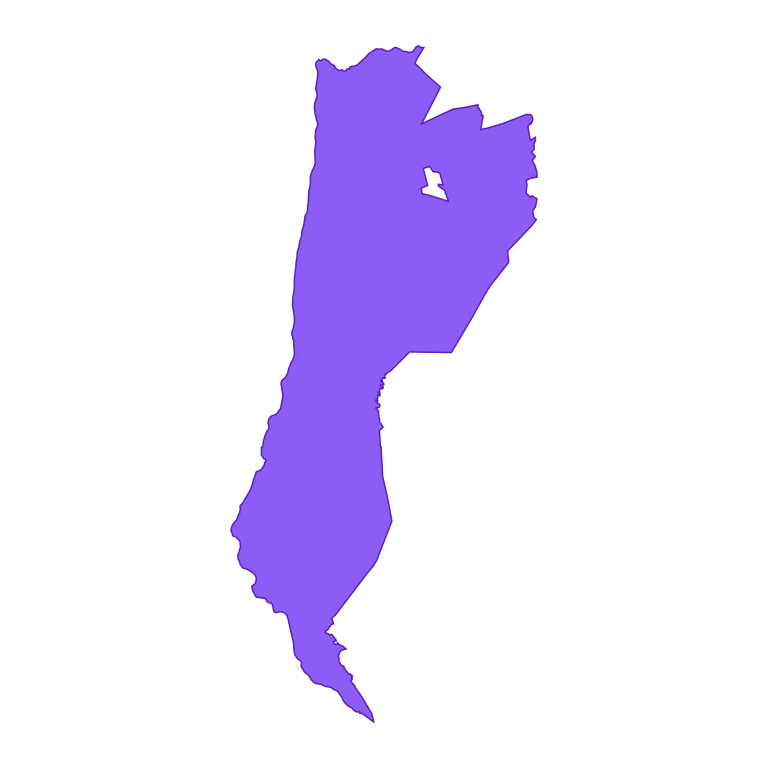 Chipinge, Manicaland, Zimbabwe
{"feature_id": "62879985B99568881619892", "entity_name": "Chipinge", "entity_type": "district", "adm_level": 2, "iso_a3": "ZWE", "parent_name": "Zimbabwe", "parent_adm1": "Manicaland", "projection": "robinson", "projection_center": [32.384, -20.62], "detail": "fine", "context": "isolated", "style": "filled", "palette": "violet", "viewbox_px": 768, "rotation_deg": 0, "n_neighbors": 0, "source": "geoboundaries", "source_scale": "gbopen_adm2", "svg_char_len": 6063}
<svg xmlns="http://www.w3.org/2000/svg" viewBox="0 0 768 768"><path d="M292.5,305.2L294.2,315.4L294.5,321.7L293.3,327.7L293.4,328.6L292.5,330.1L291.9,332.2L291.9,334.9L292.8,337.2L292.8,338.9L293.5,340.1L293.9,341.9L293.8,344.2L294.4,354.4L292.9,359.5L290.9,362.9L288.5,369.2L288.1,371.8L287.1,374.3L285.9,376.6L285.0,377.8L282.9,379.5L281.7,381.1L281.1,382.4L281.1,384.7L281.6,386.2L281.6,387.9L282.8,394.8L282.8,396.3L280.8,407.6L280.4,408.8L278.7,410.9L277.3,413.3L274.6,414.9L272.0,415.7L269.6,417.7L269.1,418.4L268.1,422.1L268.1,423.3L269.0,426.2L269.1,427.8L268.2,429.7L267.3,430.5L264.8,436.4L263.3,441.4L262.9,446.5L261.3,447.4L261.3,449.7L261.7,451.4L261.3,453.7L261.4,455.1L263.9,458.7L265.5,459.4L265.8,460.0L265.8,460.7L264.7,462.8L263.9,465.9L262.8,467.0L262.1,468.6L259.5,470.8L259.1,470.7L258.6,471.1L257.0,471.3L256.2,472.0L254.3,478.0L253.3,479.9L252.8,483.6L251.1,487.5L250.7,489.3L249.8,490.5L249.1,492.1L244.3,500.2L243.5,502.1L240.8,505.0L239.8,507.0L240.5,509.1L239.8,510.9L239.5,513.4L238.6,514.4L236.8,519.7L234.1,522.6L232.7,524.6L231.3,527.9L231.0,530.5L231.5,532.3L232.1,532.9L232.8,535.9L235.8,536.9L239.9,541.2L240.5,546.8L239.2,551.4L237.8,555.2L238.2,559.6L239.0,560.4L240.2,564.5L243.1,568.1L247.3,569.3L253.7,573.4L256.0,577.0L256.3,579.1L255.7,582.5L254.2,584.4L252.1,585.9L251.9,587.3L252.7,590.7L255.5,596.2L256.5,597.1L257.6,597.5L259.2,597.3L261.1,598.0L264.5,598.3L265.7,599.2L266.8,601.2L267.9,602.3L269.2,602.9L270.7,603.0L271.7,603.5L272.8,605.8L273.5,610.0L274.4,612.2L275.6,612.5L276.9,612.5L279.4,611.8L281.6,611.8L284.8,613.1L286.9,615.5L287.9,618.3L293.2,641.8L293.6,644.1L293.9,649.7L294.6,653.6L295.1,655.1L296.7,657.6L298.0,659.1L300.5,661.0L301.5,662.2L301.4,664.2L301.0,666.0L304.5,672.1L308.1,675.0L309.9,677.1L311.2,679.8L314.7,683.1L317.6,683.9L321.6,684.2L321.8,684.6L324.9,686.2L330.7,687.3L334.0,689.6L337.3,691.0L341.5,696.7L343.3,700.7L344.7,702.6L347.7,705.7L351.9,708.0L352.9,709.3L355.3,711.3L356.9,711.9L359.5,712.0L360.3,712.5L360.2,712.8L359.0,713.1L362.2,713.5L373.6,721.9L371.9,713.9L361.4,696.2L355.5,687.9L354.3,685.2L350.7,681.3L350.6,680.6L351.8,679.8L352.3,679.0L351.6,677.7L351.6,676.7L352.3,676.7L352.6,676.2L351.2,675.2L350.4,674.0L348.9,674.1L348.1,673.5L347.4,671.9L346.0,670.9L344.9,668.7L343.9,668.0L344.1,666.7L343.1,666.5L343.1,665.9L342.3,665.8L340.7,664.6L338.9,660.5L338.7,659.3L339.2,657.7L338.1,656.7L338.0,655.8L339.2,654.4L339.9,651.8L341.0,650.8L343.5,649.6L346.0,649.2L345.9,648.6L344.4,647.7L343.1,646.4L341.2,645.4L338.9,644.7L338.3,643.3L337.8,643.0L337.2,643.0L337.2,644.0L336.6,644.6L335.8,644.5L334.0,643.2L333.4,642.5L333.4,641.8L335.2,641.0L336.4,640.9L336.4,640.6L332.4,635.3L331.5,634.3L330.2,635.0L327.7,633.5L325.7,632.9L325.1,632.2L326.0,631.0L328.0,629.5L329.5,626.8L330.8,625.5L331.3,624.4L333.5,623.8L333.2,622.2L332.2,620.1L332.2,617.9L335.2,615.2L368.3,571.9L373.6,565.6L373.7,565.2L376.6,560.6L391.9,521.1L387.4,497.2L382.7,476.5L381.0,446.8L380.3,445.8L379.4,430.3L383.1,427.3L380.9,423.6L380.0,422.8L379.5,421.9L379.6,418.8L379.0,417.9L378.9,415.9L378.4,413.5L378.7,411.3L375.9,408.1L376.5,407.6L379.1,407.6L379.2,407.4L378.8,406.6L379.9,405.7L379.9,404.8L379.4,404.0L377.7,403.7L377.0,403.0L377.7,401.2L375.8,400.7L375.9,400.3L376.7,400.3L377.4,399.9L376.5,398.9L377.7,398.2L377.6,396.9L377.9,394.6L378.4,394.7L379.4,396.0L379.9,395.5L379.8,392.7L378.6,392.6L378.4,392.3L379.3,391.9L379.6,391.4L379.9,388.6L380.9,388.4L381.6,388.8L382.1,388.8L383.0,388.2L383.3,387.5L382.9,386.6L381.0,386.8L380.7,386.4L380.7,385.3L381.2,384.8L382.0,384.5L383.4,385.0L383.9,384.3L383.5,383.2L382.4,382.4L382.4,380.7L381.0,381.1L381.1,379.9L383.1,377.8L384.3,378.4L385.0,378.2L385.2,377.6L384.4,377.4L384.3,377.0L385.0,375.5L384.9,374.5L385.3,374.0L386.1,374.1L388.0,372.2L390.5,371.0L409.6,351.9L451.3,352.6L471.6,318.4L485.1,294.1L490.0,286.1L508.7,262.3L507.6,251.0L531.1,226.3L536.4,219.6L533.8,217.6L532.7,211.1L535.5,206.6L537.0,198.8L531.7,195.7L530.2,197.2L526.0,192.7L527.0,185.1L526.3,180.2L531.0,178.1L537.0,177.2L537.0,172.5L534.9,165.3L532.2,160.6L535.4,156.4L531.7,152.1L534.3,149.0L533.9,144.5L535.5,140.0L535.4,137.3L530.3,140.4L527.9,126.4L528.8,125.6L529.3,124.3L531.3,123.8L531.4,122.8L532.6,121.4L532.8,119.2L531.9,116.0L530.6,114.5L529.1,114.7L527.8,114.5L526.8,114.6L526.4,114.4L503.4,123.4L485.3,128.7L484.5,128.5L480.6,129.8L483.2,115.8L482.2,115.4L481.6,114.7L481.5,112.9L481.1,112.4L481.0,111.2L479.5,109.8L479.3,108.5L477.4,107.4L477.3,106.5L478.2,105.6L477.9,104.8L465.6,107.3L453.2,109.1L421.6,123.8L440.5,87.2L424.7,73.1L422.1,70.2L414.9,63.4L417.3,58.3L423.9,47.5L422.0,47.7L418.5,46.1L417.2,46.1L415.5,47.5L413.9,50.3L412.0,52.0L408.1,52.4L406.8,51.7L402.9,51.2L400.0,49.3L396.0,47.5L394.6,47.6L389.9,50.8L387.7,51.3L387.0,51.3L385.3,50.3L383.3,50.0L382.6,49.0L378.4,49.1L376.2,48.8L368.9,53.6L364.7,58.2L359.2,63.0L358.0,64.5L353.9,66.5L352.1,66.1L351.1,66.8L350.2,66.7L349.6,67.4L349.7,68.7L349.5,69.2L347.7,68.8L347.0,69.0L346.3,69.7L346.1,70.7L344.6,71.0L342.9,70.8L342.2,69.7L340.9,70.0L339.9,70.7L337.4,69.6L335.2,67.6L334.4,65.5L332.6,65.0L330.6,63.6L328.4,61.0L325.3,59.2L323.3,59.1L320.7,60.8L320.1,60.6L318.8,59.5L316.6,61.8L315.8,63.1L315.7,63.7L315.9,66.4L317.5,70.5L317.9,73.1L317.2,79.9L316.4,83.9L316.1,87.3L315.6,87.9L315.7,89.4L317.0,93.4L317.0,96.5L314.6,103.8L314.4,107.8L315.2,114.4L316.6,119.9L317.4,122.0L317.7,125.1L317.3,126.5L315.7,130.2L315.4,133.6L315.1,138.1L315.7,140.5L315.9,142.2L314.8,150.7L315.2,162.9L314.6,165.8L311.4,172.8L310.2,177.3L310.5,180.4L310.2,185.8L308.8,191.0L308.2,204.1L307.6,205.5L307.6,208.7L307.2,212.0L305.0,216.2L304.0,224.2L301.8,232.0L301.6,235.7L301.0,238.1L299.9,240.7L299.8,242.3L299.1,244.4L299.2,245.8L297.2,252.5L297.1,256.3L296.1,262.7L295.9,266.9L295.3,270.5L295.3,273.3L294.4,277.4L294.4,284.3L294.1,290.0L293.0,296.9L292.5,305.2ZM429.0,195.3L422.3,193.7L421.0,188.3L427.6,185.6L423.3,168.4L429.6,166.5L433.1,171.6L439.7,172.7L443.0,184.8L438.3,184.3L438.4,186.0L444.7,190.4L445.8,194.2L448.5,201.3L429.0,195.3Z" fill="#8b5cf6" stroke="#5b21b6" stroke-width="1.5"/></svg>